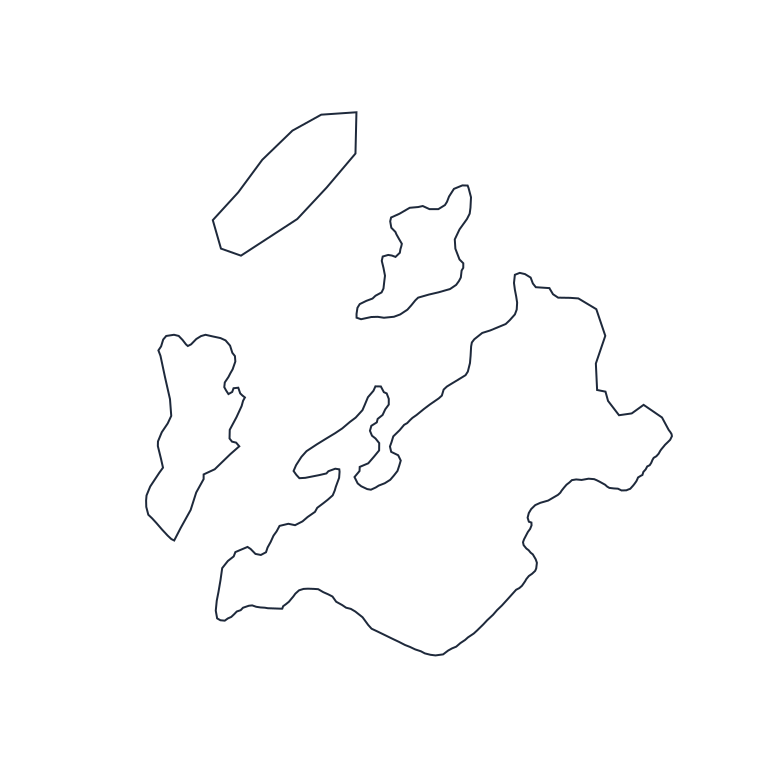 outline of Haninge, Stockholm, Sweden, rotated 164°
{"feature_id": "70781695B75191882374760", "entity_name": "Haninge", "entity_type": "district", "adm_level": 2, "iso_a3": "SWE", "parent_name": "Sweden", "parent_adm1": "Stockholm", "projection": "mercator", "projection_center": [18.21, 59.063], "detail": "fine", "context": "isolated", "style": "outline", "palette": "slate", "viewbox_px": 768, "rotation_deg": 164, "n_neighbors": 0, "source": "geoboundaries", "source_scale": "gbopen_adm2", "svg_char_len": 5485}
<svg xmlns="http://www.w3.org/2000/svg" viewBox="0 0 768 768"><g transform="rotate(164 384 384)"><path d="M198.6,430.6L211.4,435.2L213.2,439.6L213.7,445.9L218.2,450.8L222.9,453.4L228.1,452.9L231.2,445.3L232.2,438.6L232.8,431.8L233.6,425.5L235.9,419.0L239.0,414.8L245.5,410.7L250.5,408.1L257.5,407.3L267.2,406.2L275.5,406.0L284.9,402.1L288.1,399.7L289.9,396.1L293.0,387.2L295.6,380.4L300.0,372.8L303.2,370.0L307.9,368.7L320.4,365.3L324.3,364.2L328.2,362.2L331.6,356.9L335.3,355.1L345.4,351.7L352.2,349.1L361.3,345.2L366.0,343.6L368.9,342.1L372.5,340.0L375.9,339.2L381.7,335.3L389.5,331.1L392.9,325.9L395.5,322.3L395.8,316.8L390.0,311.6L389.0,305.8L391.8,301.4L395.0,296.7L399.7,293.3L404.4,290.2L410.6,288.4L417.1,287.8L420.5,286.8L425.7,286.0L429.1,287.6L434.1,292.0L436.7,295.7L438.0,302.7L431.5,307.1L430.2,311.0L421.0,312.1L413.5,317.0L407.0,321.5L404.9,328.5L407.2,334.0L409.8,337.6L410.4,342.9L407.7,347.3L401.5,349.1L399.7,352.2L393.9,354.6L389.8,359.3L385.1,362.9L383.5,368.4L384.0,374.2L386.4,376.2L387.7,382.5L392.9,384.1L396.0,380.4L403.1,375.7L408.3,369.2L411.9,364.8L420.5,359.5L427.3,356.9L436.4,352.8L444.5,350.2L455.2,347.3L465.2,344.5L477.0,340.8L483.5,336.7L490.9,330.2L494.9,325.3L493.3,320.8L491.3,316.8L485.6,315.5L471.7,314.3L464.0,313.9L461.5,315.5L454.2,316.0L450.5,314.3L450.9,311.9L453.0,306.2L458.7,298.4L460.7,295.2L464.0,291.1L470.1,288.2L475.0,286.2L482.3,283.4L485.6,280.1L494.1,277.2L500.2,274.4L508.4,272.8L514.5,276.0L523.5,276.4L527.9,271.9L532.0,268.7L536.5,263.4L541.0,258.9L543.8,254.8L549.5,253.6L554.4,256.1L557.7,262.2L560.1,265.0L573.2,263.4L576.0,259.7L582.9,256.9L590.3,251.6L595.2,240.6L600.5,229.6L604.5,221.8L608.2,212.5L609.0,204.7L606.4,202.0L602.3,200.4L598.7,201.7L595.0,202.2L591.5,204.0L588.2,205.9L584.1,206.1L581.2,207.8L575.0,208.1L571.7,207.5L568.3,205.1L564.4,203.3L560.2,201.8L557.5,200.5L544.3,196.2L543.7,196.1L542.2,198.2L538.9,199.4L535.4,200.9L532.8,202.7L529.8,204.7L527.0,206.9L522.5,209.1L517.8,209.2L513.5,208.2L508.0,206.4L503.8,204.9L499.8,200.7L495.5,197.1L492.1,193.9L490.0,187.9L485.1,183.0L482.1,179.4L477.9,177.0L474.3,173.2L468.9,165.7L465.6,156.7L463.4,152.2L458.6,148.0L453.6,143.5L450.6,140.8L445.6,136.3L440.7,132.0L435.7,127.3L431.5,124.1L427.2,120.3L422.2,116.9L419.0,113.8L414.0,110.9L409.3,108.9L401.7,107.8L395.8,110.1L391.5,111.1L387.0,111.6L382.0,113.9L376.6,115.6L373.1,117.3L366.5,119.4L362.1,121.6L360.1,122.7L354.9,125.5L349.9,128.5L342.8,132.1L337.6,135.5L331.7,138.6L324.9,142.8L313.7,149.8L310.2,150.5L307.0,152.0L302.7,155.5L301.0,157.2L297.7,159.5L293.9,160.8L290.2,162.7L288.5,164.8L286.3,170.0L286.5,173.7L287.9,179.2L289.5,181.4L290.8,184.4L292.5,186.6L294.2,190.6L294.0,193.6L292.2,196.1L286.5,202.1L283.5,204.4L281.1,207.5L280.5,210.2L282.7,211.7L282.8,215.9L280.4,220.0L277.0,223.2L272.0,225.9L266.5,226.7L258.3,226.7L252.8,228.1L247.3,229.5L244.5,230.9L242.7,232.5L239.5,234.8L236.3,236.9L232.8,238.3L229.9,239.8L225.6,239.3L220.5,237.3L213.5,236.6L208.2,234.6L206.1,232.9L203.7,230.7L199.2,226.2L197.8,223.9L196.0,222.0L191.7,220.2L188.0,218.9L185.0,216.2L180.3,215.0L178.8,215.2L176.2,215.4L172.5,217.7L170.7,219.0L168.2,221.0L166.6,222.8L165.6,224.1L162.4,225.0L160.7,225.3L158.9,228.0L156.0,229.8L153.7,232.2L151.0,232.7L148.9,234.5L146.8,237.1L145.1,238.7L142.1,239.5L139.2,241.3L136.8,243.7L135.4,244.8L132.3,246.9L130.6,248.1L127.0,250.0L124.3,251.5L121.6,254.5L121.4,256.6L122.0,258.8L123.0,261.4L126.0,275.2L140.2,292.4L153.8,287.5L154.4,287.5L166.7,289.2L173.3,306.0L173.2,315.6L180.8,319.5L174.7,345.3L158.0,369.3L159.3,397.4L173.6,412.7L181.3,415.5L192.8,419.0L196.8,423.7L198.6,430.5L198.6,430.6ZM597.3,412.0L602.8,405.7L610.9,398.9L617.1,391.1L618.5,386.7L619.0,373.4L619.5,364.5L624.5,360.6L637.0,349.9L643.0,342.3L644.8,337.6L646.4,331.4L646.6,323.3L644.0,318.9L641.1,313.1L637.5,305.3L633.8,298.0L631.2,293.6L628.8,291.4L619.2,301.6L604.6,316.2L594.4,331.5L583.6,342.3L582.3,346.8L570.2,348.7L551.1,358.9L540.3,364.0L542.3,368.4L546.0,370.5L547.5,374.2L544.9,382.5L535.0,392.7L526.9,402.1L524.1,406.7L521.4,409.4L523.3,412.0L524.8,414.6L525.1,420.6L529.8,421.4L532.1,418.2L536.3,417.2L537.6,421.4L538.4,425.0L536.6,429.4L531.6,433.6L528.7,436.7L525.4,439.9L520.7,446.6L519.6,451.9L521.2,455.8L521.4,463.3L524.3,469.6L528.5,473.2L536.0,477.2L542.0,480.5L546.7,480.5L552.0,479.0L558.5,475.3L562.1,474.6L563.4,476.6L565.5,481.9L568.1,486.8L572.3,489.2L580.1,490.2L584.0,487.6L587.9,481.6L591.6,478.5L591.1,472.7L592.6,451.3L593.9,428.4L597.3,412.0ZM402.2,652.8L439.2,633.1L471.3,608.4L503.4,588.7L503.4,559.1L486.1,546.8L421.9,566.5L384.9,588.7L347.9,613.4L335.6,652.8L370.1,660.2L402.2,652.8ZM392.1,455.3L388.2,452.6L377.8,451.9L371.5,450.3L365.8,447.7L355.9,445.9L349.3,446.4L341.0,449.0L335.8,452.3L330.8,455.8L327.4,457.6L316.2,457.6L306.3,457.1L294.3,457.1L287.3,459.4L283.6,462.3L280.8,465.2L278.1,471.7L275.8,473.8L274.5,478.2L277.1,482.9L278.1,494.4L276.1,503.5L268.8,511.8L258.8,519.7L254.7,524.1L252.3,529.6L248.9,539.5L248.7,548.9L248.9,551.7L253.9,553.3L263.0,552.3L269.8,546.3L273.2,541.8L276.1,539.2L283.6,537.1L292.0,539.5L297.7,544.4L302.4,544.7L310.7,546.3L322.2,543.4L331.3,542.1L333.2,538.7L333.9,532.2L331.1,527.0L330.8,524.4L329.5,518.9L328.2,513.9L329.3,511.8L331.1,509.0L332.6,505.8L337.9,503.0L341.0,505.3L344.4,506.9L350.1,506.9L352.2,503.0L352.5,495.7L353.2,487.8L355.1,483.4L358.2,475.9L361.1,472.7L367.8,471.2L371.5,469.3L378.0,468.8L385.3,467.5L388.5,464.6L391.1,458.9L392.1,455.3Z" fill="none" stroke="#1e293b" stroke-width="2"/></g></svg>